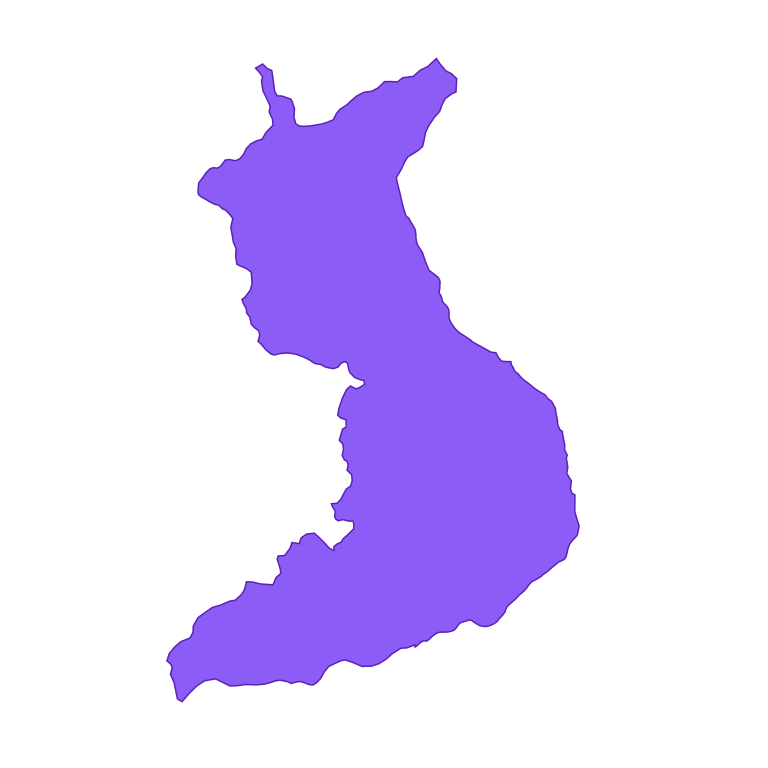 the district of Laukkaing, Shan, Myanmar, rotated 183°
{"feature_id": "60261553B25476839208576", "entity_name": "Laukkaing", "entity_type": "district", "adm_level": 2, "iso_a3": "MMR", "parent_name": "Myanmar", "parent_adm1": "Shan", "projection": "robinson", "projection_center": [98.649, 23.808], "detail": "fine", "context": "isolated", "style": "filled", "palette": "violet", "viewbox_px": 768, "rotation_deg": 183, "n_neighbors": 0, "source": "geoboundaries", "source_scale": "gbopen_adm2", "svg_char_len": 5837}
<svg xmlns="http://www.w3.org/2000/svg" viewBox="0 0 768 768"><g transform="rotate(183 384 384)"><path d="M333.9,490.8L335.5,493.3L341.3,497.4L344.4,499.4L344.9,500.0L345.2,500.4L348.8,507.8L350.2,511.5L352.4,517.0L354.1,519.7L357.2,523.7L358.8,527.1L359.5,530.6L359.7,531.3L360.1,535.7L360.7,539.0L361.7,541.2L364.9,546.1L367.2,549.7L368.0,551.0L368.8,551.5L370.0,552.3L370.9,553.3L372.1,556.3L372.9,558.3L375.3,565.6L377.6,573.9L380.3,582.7L381.4,586.2L382.0,588.3L382.3,589.9L382.2,591.4L377.8,599.6L375.3,606.2L372.1,612.1L366.7,615.8L362.0,619.1L357.9,623.2L356.9,628.7L355.6,637.5L353.1,643.8L347.7,652.9L342.6,659.2L340.7,665.8L337.9,672.1L331.2,677.6L327.4,679.4L327.4,687.5L327.4,692.7L332.8,697.4L338.8,700.0L345.5,707.4L348.7,711.8L356.9,703.3L364.2,699.3L370.9,692.7L381.3,690.8L386.4,686.4L393.7,686.4L399.4,686.0L405.4,679.4L411.7,675.7L419.3,674.3L426.3,670.2L431.7,665.1L435.5,661.0L442.5,655.9L445.7,651.5L448.5,645.2L453.9,642.6L459.6,640.4L464.6,639.3L470.7,637.9L477.3,637.1L481.5,637.1L485.6,639.0L487.8,645.6L487.8,654.4L490.3,660.7L491.9,663.6L500.8,666.2L505.6,666.2L508.4,670.2L509.4,675.4L510.6,682.0L511.3,685.7L512.5,691.2L517.3,693.0L521.9,697.2L528.8,692.7L525.0,689.0L521.3,684.4L522.2,679.9L520.2,670.4L515.5,661.9L512.1,655.3L513.0,649.8L509.1,642.4L508.4,636.6L514.9,629.2L518.6,622.0L523.9,620.2L529.5,616.9L534.0,611.7L535.9,606.5L539.5,601.7L543.0,599.6L544.8,599.3L550.4,600.0L554.3,599.3L556.0,596.7L559.5,591.9L562.1,590.9L565.8,591.0L568.8,590.0L572.6,585.8L577.0,578.8L579.5,575.2L579.8,569.4L579.7,565.1L578.5,562.7L574.9,560.6L570.3,558.4L568.0,557.0L562.7,554.7L558.1,553.8L554.4,550.4L551.5,549.5L548.0,546.4L543.6,541.4L545.2,532.8L543.4,524.8L541.9,517.9L538.8,511.6L538.8,503.6L537.2,495.9L534.2,494.5L527.2,492.0L522.4,488.6L521.0,477.2L522.4,470.8L527.4,463.4L530.3,460.9L528.5,457.0L525.4,451.8L524.9,447.9L521.5,443.7L519.5,436.6L515.9,433.2L511.9,430.6L510.6,426.2L512.1,420.0L509.2,417.8L503.7,411.9L498.2,407.9L495.1,407.2L489.4,409.0L482.1,409.9L474.0,409.3L466.0,406.9L459.8,404.2L454.0,400.8L447.9,400.2L444.3,398.2L440.3,397.3L435.3,396.7L430.8,398.5L428.3,402.1L424.6,404.4L421.4,402.8L420.1,396.8L418.4,393.3L413.6,388.9L408.6,387.3L404.2,386.3L403.4,382.6L408.4,379.1L411.6,377.7L417.4,380.2L420.9,376.8L424.6,368.3L427.8,357.0L428.6,350.4L425.6,347.9L420.0,346.1L419.5,339.2L423.0,336.7L424.8,329.6L425.7,325.4L422.1,322.1L421.0,316.9L422.0,310.4L419.6,306.2L416.8,304.8L415.5,301.3L416.4,296.0L411.6,291.8L410.7,286.0L412.1,280.2L416.2,277.1L418.7,271.8L421.1,266.5L424.6,262.5L428.5,261.9L430.3,261.7L428.9,258.5L425.8,254.3L426.5,249.4L425.3,246.8L422.7,245.0L417.9,246.4L411.8,245.2L407.8,245.5L406.8,242.5L406.7,237.8L407.3,237.1L410.7,233.4L412.5,231.2L416.4,227.7L418.5,223.9L422.4,221.8L425.5,219.1L425.4,215.2L427.4,215.9L430.4,217.5L435.2,222.3L440.9,227.4L445.9,231.4L453.6,230.0L458.8,225.9L460.3,220.1L467.6,220.9L469.1,215.2L474.2,207.6L480.7,206.7L481.5,203.5L477.9,193.7L477.2,189.4L481.7,185.0L484.3,177.7L496.7,177.8L504.5,179.3L511.0,179.3L512.4,172.0L515.0,166.7L521.4,160.2L526.7,159.1L535.3,154.8L543.9,151.8L557.5,141.0L561.6,132.7L561.8,132.1L561.7,126.1L564.3,120.3L573.5,116.0L579.3,110.4L584.3,103.6L586.3,96.2L582.1,92.9L580.6,89.6L582.1,83.0L578.0,74.9L573.8,58.7L569.1,56.2L566.2,59.8L561.8,65.5L555.2,72.6L547.6,78.2L541.9,79.6L536.8,80.7L529.9,77.8L521.9,74.4L515.0,75.0L507.1,76.6L495.9,76.9L487.6,78.0L481.7,80.0L476.8,81.8L472.5,82.8L468.4,82.3L464.4,81.5L460.8,80.1L457.3,81.4L453.4,82.5L449.4,82.0L443.2,79.9L438.9,79.8L435.8,82.1L432.1,86.3L428.5,93.5L424.5,99.0L419.6,101.7L412.2,105.6L408.0,106.4L401.3,104.5L391.0,100.8L385.9,101.3L381.6,101.6L374.3,104.5L367.5,109.3L361.7,115.1L353.3,121.0L347.4,121.7L339.4,125.1L339.2,123.0L338.0,123.8L335.7,126.1L333.3,128.3L331.8,129.3L330.5,129.6L328.5,129.5L327.5,129.8L325.9,131.1L324.7,132.4L322.2,134.9L320.1,136.7L317.8,138.2L316.3,138.8L314.4,139.2L312.1,139.3L311.5,139.3L309.2,139.5L306.8,139.8L305.0,140.3L302.4,141.2L301.1,141.9L299.2,144.1L297.3,147.2L295.9,148.9L294.6,149.8L291.5,151.0L289.0,151.8L286.8,152.6L285.4,152.8L283.8,152.3L281.6,150.8L278.9,149.3L276.8,148.2L275.3,147.7L272.9,147.2L270.0,147.1L267.5,147.6L264.3,148.8L262.4,149.9L261.1,150.7L258.4,153.0L257.0,155.2L255.6,156.8L253.2,159.8L251.5,162.3L250.9,164.1L249.9,167.1L248.7,169.0L244.9,172.7L243.2,174.4L241.4,176.1L237.8,180.5L235.0,183.0L232.9,185.1L232.2,186.0L230.8,187.9L228.7,191.2L226.6,193.6L225.5,194.8L223.7,195.6L220.2,197.8L219.3,198.4L216.9,200.2L215.2,202.0L214.9,202.3L214.6,202.6L212.8,203.8L210.8,205.5L208.8,207.4L206.4,209.8L203.9,212.1L201.7,214.1L200.2,215.4L198.3,216.4L196.8,217.1L195.1,218.2L193.9,219.5L193.1,221.2L193.2,221.3L193.1,221.6L192.2,225.7L192.0,227.8L190.5,233.2L189.2,235.3L187.5,237.9L186.1,239.4L185.1,240.6L184.0,241.9L183.0,243.7L182.7,245.6L181.7,252.4L186.8,266.3L187.5,283.2L190.7,284.9L191.1,285.8L192.3,289.1L191.8,297.1L196.8,304.1L196.1,310.4L198.0,319.6L197.3,322.6L200.1,327.4L200.2,328.9L200.3,332.0L200.4,332.9L200.7,334.8L201.0,335.4L201.3,336.1L203.7,346.4L205.3,346.7L205.3,346.8L205.6,347.3L207.4,350.3L208.5,352.7L208.8,356.2L211.2,366.1L211.5,368.5L212.4,370.1L212.6,370.3L215.6,375.3L220.3,378.6L222.2,381.2L223.5,382.1L226.3,383.4L229.7,385.3L233.8,387.8L234.1,388.0L238.2,391.1L243.9,394.9L244.3,395.1L247.8,398.1L250.7,401.2L251.7,401.9L253.2,402.9L254.3,404.1L255.6,406.5L257.0,408.9L257.8,409.8L258.5,413.0L263.0,412.8L267.7,412.9L271.0,416.3L273.9,421.1L278.8,421.4L298.0,430.8L299.2,432.0L302.7,434.1L305.9,436.1L310.0,438.3L310.6,438.7L314.3,441.4L316.5,443.7L319.8,447.9L322.1,452.2L322.7,455.1L322.7,456.8L322.8,458.5L323.1,461.0L323.8,462.8L326.0,465.7L328.5,467.8L329.8,469.5L330.9,473.1L331.9,475.4L333.4,477.3L333.7,478.8L333.3,482.3L333.4,487.0L333.3,488.6L333.9,490.8Z" fill="#8b5cf6" stroke="#5b21b6" stroke-width="1.5"/></g></svg>